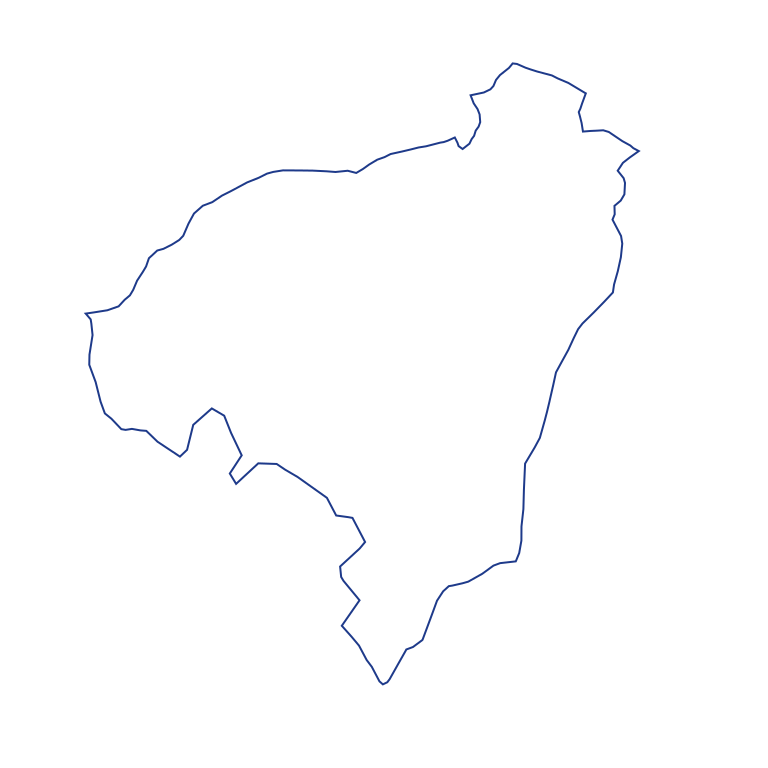 Kalar, As-Sulaymaniyah, Iraq, rotated 351°
{"feature_id": "34846034B60628866791403", "entity_name": "Kalar", "entity_type": "district", "adm_level": 2, "iso_a3": "IRQ", "parent_name": "Iraq", "parent_adm1": "As-Sulaymaniyah", "projection": "robinson", "projection_center": [45.352, 34.84], "detail": "fine", "context": "isolated", "style": "outline", "palette": "blue", "viewbox_px": 768, "rotation_deg": 351, "n_neighbors": 0, "source": "geoboundaries", "source_scale": "gbopen_adm2", "svg_char_len": 2638}
<svg xmlns="http://www.w3.org/2000/svg" viewBox="0 0 768 768"><g transform="rotate(351 384 384)"><path d="M561.2,87.5L559.8,88.8L556.8,91.4L546.9,97.0L542.2,101.2L538.7,106.8L535.2,109.6L528.2,111.7L514.7,112.4L516.5,120.8L519.4,127.1L520.6,132.7L520.0,140.4L517.7,144.6L514.2,148.1L511.8,153.0L508.9,155.8L506.0,160.0L498.4,164.2L494.9,160.7L494.3,157.2L492.5,151.6L484.9,153.7L480.8,154.4L477.3,154.4L462.7,155.8L455.1,155.8L447.5,156.5L438.2,157.2L426.5,157.9L420.0,160.0L412.4,161.4L403.7,164.9L396.7,168.4L389.6,171.2L381.5,167.7L369.2,167.0L360.4,164.9L347.0,162.1L334.7,160.0L317.7,157.2L307.8,157.2L301.4,157.9L292.6,160.7L280.3,163.5L266.3,168.4L262.2,169.8L253.4,172.6L242.9,177.5L232.9,179.6L223.0,185.9L216.0,195.0L208.9,206.2L204.3,209.7L196.1,213.2L187.3,216.0L180.9,216.7L171.5,223.0L167.4,230.7L163.3,235.6L156.3,243.3L151.0,251.8L146.9,256.7L141.1,260.2L134.0,265.8L122.3,267.9L117.1,267.9L108.3,267.9L100.4,267.8L104.4,274.3L104.4,278.6L103.8,290.1L97.7,308.9L95.9,318.9L99.5,337.0L101.3,357.1L103.7,369.4L109.3,375.6L117.5,387.5L121.6,388.9L128.0,388.9L136.1,391.7L141.9,393.1L151.3,405.6L171.1,423.8L179.2,418.2L189.2,394.5L210.1,381.2L221.2,390.3L225.3,408.4L232.3,432.2L217.7,448.3L222.3,459.5L247.4,442.7L265.5,446.2L273.0,453.2L284.1,462.3L309.8,487.5L316.2,506.4L327.8,509.9L331.9,511.3L340.6,537.1L334.2,542.7L312.1,557.4L311.5,567.9L313.2,572.1L326.0,593.8L304.5,616.2L312.6,628.8L318.4,638.5L323.7,653.9L327.8,661.6L327.9,662.0L333.0,677.0L335.9,680.5L340.6,679.1L343.3,676.5L343.5,676.3L344.2,675.4L354.0,663.0L363.7,650.8L364.5,649.7L371.5,648.3L381.6,643.0L382.0,642.7L382.5,641.9L395.4,619.0L402.3,606.6L402.4,606.4L403.2,605.5L410.0,598.0L416.4,593.8L419.9,593.8L430.4,593.1L436.3,592.4L451.4,586.8L463.7,580.5L470.7,579.1L486.2,579.8L486.4,579.8L487.1,578.7L491.1,572.1L495.2,560.2L497.5,546.2L502.1,529.4L505.6,510.6L510.9,484.7L511.8,483.6L522.2,471.1L523.1,470.0L529.5,461.6L535.3,449.0L537.2,444.9L537.8,443.5L540.6,437.1L544.7,427.2L545.2,425.9L551.1,411.2L555.7,399.4L562.7,390.3L571.4,379.1L578.4,368.6L584.3,360.2L589.5,355.3L602.3,346.2L614.5,337.1L624.4,329.4L626.8,321.7L632.6,309.1L637.8,295.8L641.3,282.6L641.3,274.9L635.4,257.4L638.4,252.5L639.5,244.1L646.5,239.9L651.1,234.3L653.5,223.1L652.9,218.2L648.2,209.9L654.6,202.9L662.2,198.7L672.1,193.8L667.2,190.1L664.6,187.0L657.4,181.4L645.4,170.2L640.2,167.7L634.0,167.1L627.8,166.4L620.0,165.8L620.0,157.1L619.4,150.3L618.9,145.9L621.0,142.8L623.6,137.8L628.0,129.9L628.8,128.5L628.0,127.9L613.2,115.5L603.3,109.3L598.1,105.5L584.1,99.3L577.9,96.2L573.2,93.7L565.4,88.7L561.2,87.5Z" fill="none" stroke="#1e3a8a" stroke-width="2"/></g></svg>